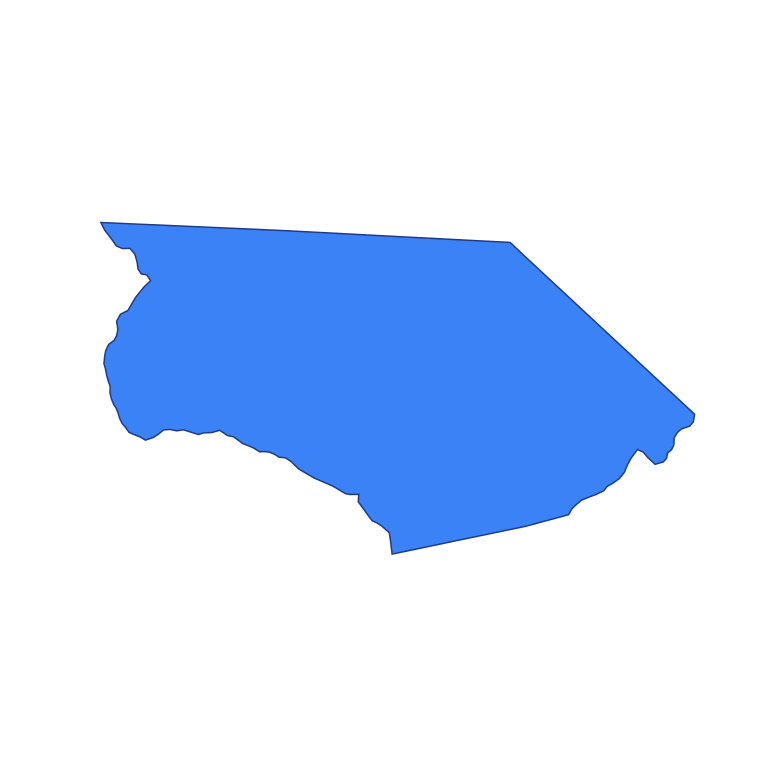 outline of Jatobá, Maranhão, Brazil, rotated 12°
{"feature_id": "56859067B81444589924513", "entity_name": "Jatobá", "entity_type": "district", "adm_level": 2, "iso_a3": "BRA", "parent_name": "Brazil", "parent_adm1": "Maranhão", "projection": "robinson", "projection_center": [-44.329, -5.859], "detail": "fine", "context": "isolated", "style": "filled", "palette": "blue", "viewbox_px": 768, "rotation_deg": 12, "n_neighbors": 0, "source": "geoboundaries", "source_scale": "gbopen_adm2", "svg_char_len": 1521}
<svg xmlns="http://www.w3.org/2000/svg" viewBox="0 0 768 768"><g transform="rotate(12 384 384)"><path d="M694.1,349.0L497.0,230.9L477.9,219.3L422.0,228.2L333.1,242.3L257.6,254.2L251.0,255.3L73.5,284.9L78.7,291.5L84.2,296.2L89.5,300.8L93.5,304.6L100.3,305.9L107.2,304.1L113.4,308.9L117.2,316.2L119.4,322.5L123.7,326.8L129.4,326.6L134.2,331.6L129.2,338.7L123.0,350.9L118.2,365.3L111.7,370.5L109.4,378.3L112.3,385.9L112.4,392.4L110.9,397.5L106.5,402.4L104.8,409.4L105.1,415.7L105.8,422.2L108.2,426.8L111.1,433.5L113.7,438.5L116.8,443.6L117.8,449.6L120.5,455.3L123.9,460.3L127.3,463.6L130.1,468.0L132.6,472.6L135.9,476.9L140.5,480.5L144.7,484.3L150.2,485.5L156.2,486.4L162.3,488.5L169.5,484.3L173.9,479.8L177.9,474.8L184.4,472.9L191.0,472.9L197.3,470.5L213.0,472.0L217.8,469.3L225.4,467.4L232.9,463.4L241.4,466.9L247.9,466.9L257.9,471.5L269.4,473.6L276.5,476.2L280.9,475.0L286.1,474.5L291.8,475.5L296.3,477.4L303.0,476.7L309.5,479.3L318.1,484.8L335.1,490.5L355.2,494.5L368.9,499.2L373.3,499.2L382.3,497.2L383.3,504.5L397.1,517.0L400.9,520.2L405.8,521.3L411.5,523.5L420.1,528.4L423.2,536.7L427.3,548.7L484.6,523.4L552.6,493.5L591.8,473.4L593.7,467.1L596.6,462.7L601.4,456.5L608.8,451.5L614.5,447.9L621.2,442.7L623.6,437.8L628.6,433.3L634.1,427.3L637.5,420.3L638.9,412.7L641.0,405.4L645.5,395.4L651.6,396.7L657.7,401.3L665.9,406.2L673.5,402.1L675.8,397.8L675.8,392.4L679.0,388.3L680.2,383.2L679.0,376.2L681.0,370.5L684.3,366.1L691.7,361.7L694.5,356.6L694.1,349.0Z" fill="#3b82f6" stroke="#1e3a8a" stroke-width="1.5"/></g></svg>